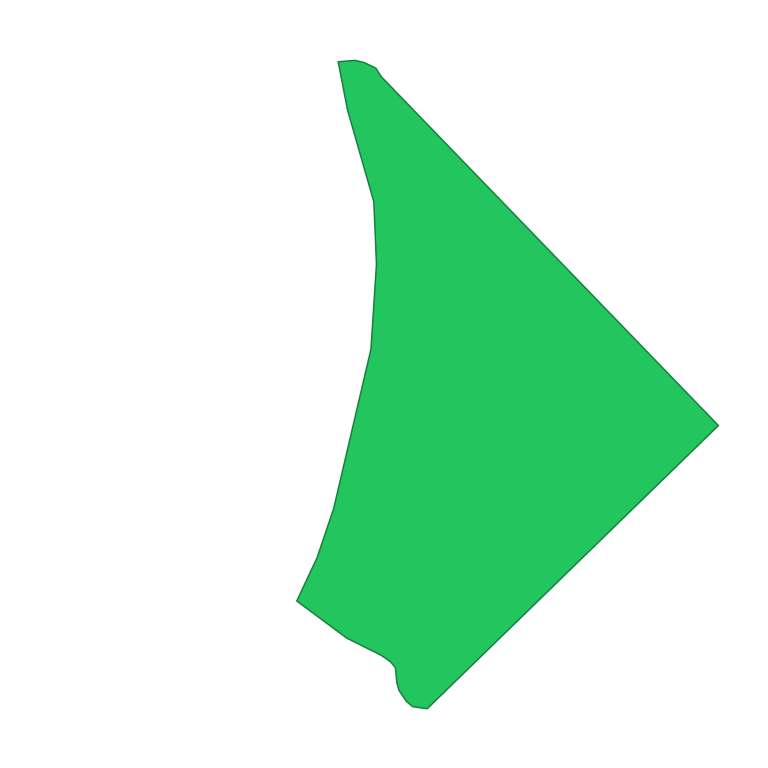 an SVG outline of Maekel, rotated 226°
{"feature_id": "ERI-1561", "entity_name": "Maekel", "entity_type": "Region", "adm_level": 1, "iso_a3": "ERI", "parent_name": "Eritrea", "parent_adm1": "", "projection": "albers", "projection_center": [39.01, 15.365], "detail": "fine", "context": "isolated", "style": "filled", "palette": "green", "viewbox_px": 768, "rotation_deg": 226, "n_neighbors": 0, "source": "natural_earth", "source_scale": "10m", "svg_char_len": 447}
<svg xmlns="http://www.w3.org/2000/svg" viewBox="0 0 768 768"><g transform="rotate(226 384 384)"><path d="M121.8,595.7L120.4,189.5L131.9,180.5L139.9,179.6L153.1,181.9L160.6,186.0L171.9,195.1L179.4,195.7L190.5,193.6L227.0,180.7L288.5,170.5L305.5,215.1L329.3,261.2L418.1,398.8L475.3,461.7L522.2,503.3L606.8,548.3L647.6,574.9L637.0,587.9L629.1,593.0L616.9,597.5L606.7,595.5L121.8,595.7Z" fill="#22c55e" stroke="#15803d" stroke-width="1.5"/></g></svg>